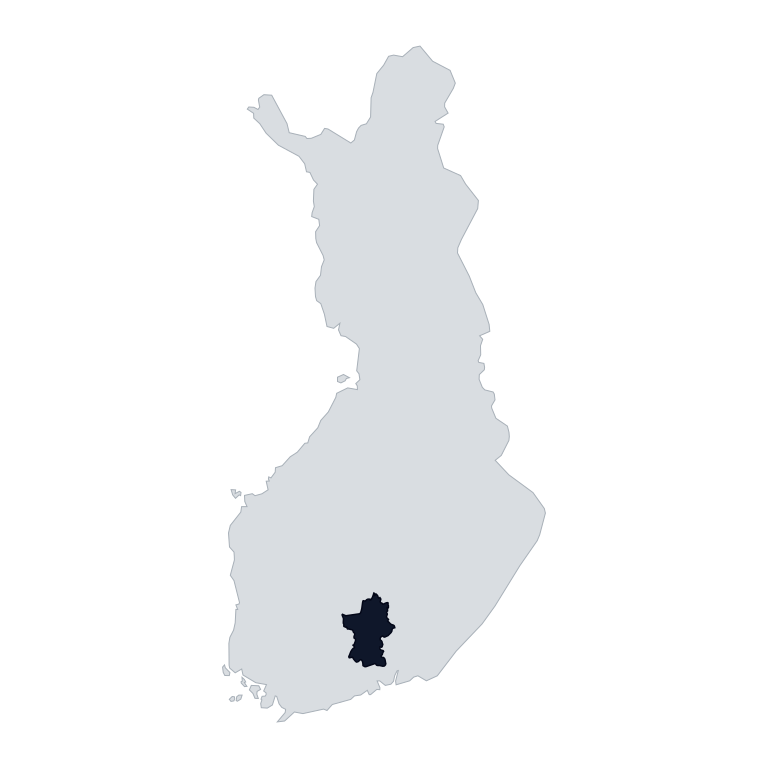 Päijät-Häme highlighted on a map of Finland
{"feature_id": "FIN-3184", "entity_name": "Päijät-Häme", "entity_type": "Province", "adm_level": 1, "iso_a3": "FIN", "parent_name": "Finland", "parent_adm1": "", "projection": "albers", "projection_center": [25.782, 61.243], "detail": "fine", "context": "in_parent", "style": "filled", "palette": "ink", "viewbox_px": 768, "rotation_deg": 0, "n_neighbors": 0, "source": "natural_earth", "source_scale": "10m", "svg_char_len": 6653}
<svg xmlns="http://www.w3.org/2000/svg" viewBox="0 0 768 768"><path d="M327.0,326.5L324.4,314.2L320.8,303.6L316.7,300.7L315.5,296.6L315.0,288.1L316.0,281.5L320.5,275.3L321.5,266.7L324.2,259.9L323.1,255.5L316.6,242.7L315.8,238.6L315.6,231.7L319.6,225.6L318.8,219.3L311.7,216.6L312.1,212.8L314.3,206.6L313.4,201.1L313.9,189.3L317.5,184.2L313.5,180.0L309.9,172.4L306.5,171.8L304.7,163.8L299.0,156.3L278.4,145.2L266.1,133.2L259.8,123.7L253.8,118.1L253.6,113.3L247.3,109.1L248.8,107.0L253.9,107.3L258.0,109.5L259.7,107.1L258.4,100.0L258.8,98.3L263.9,94.7L271.7,95.2L287.0,123.6L289.2,132.7L305.2,136.4L306.9,138.5L311.3,138.3L320.8,134.4L324.6,128.4L328.0,129.0L350.8,143.0L354.4,140.0L356.6,131.7L358.5,128.1L361.1,125.4L366.4,123.8L370.6,117.0L371.1,97.8L373.0,92.3L376.8,73.6L383.7,65.1L388.6,56.3L393.6,55.1L402.6,56.7L413.1,47.6L420.0,46.1L432.6,61.2L450.1,70.4L455.3,83.1L453.3,88.4L444.7,103.1L444.6,106.9L448.1,113.1L435.1,121.4L436.1,123.4L443.2,124.2L444.2,126.9L437.7,145.4L437.6,148.6L443.7,168.0L460.6,175.6L465.6,184.1L478.4,200.5L477.7,208.6L461.5,239.3L457.8,247.8L457.5,253.0L469.3,276.2L475.8,292.8L482.8,304.6L489.1,324.4L489.8,331.3L479.6,335.8L482.7,339.3L480.5,345.7L480.7,354.8L478.1,360.8L478.8,362.4L483.9,363.4L484.6,367.3L484.3,369.8L479.3,374.6L479.1,379.3L482.3,387.3L484.8,389.9L493.1,392.0L494.3,394.1L495.0,399.9L491.5,405.9L491.7,408.1L495.9,418.3L507.4,426.1L509.0,432.4L509.3,436.6L508.9,440.4L501.3,455.4L495.2,460.3L508.8,474.8L533.0,492.6L544.3,508.5L545.4,513.1L539.7,534.7L537.2,540.7L519.9,565.6L495.0,606.0L482.1,623.9L456.2,651.1L437.3,675.8L426.4,680.8L417.9,675.8L413.7,677.1L409.7,680.8L396.1,684.8L395.6,681.0L398.3,670.5L397.1,670.8L394.7,675.6L393.5,681.3L390.9,684.2L385.3,685.4L379.7,680.9L377.1,680.9L379.9,687.7L379.8,689.7L376.8,689.4L370.6,694.6L369.2,694.6L367.3,690.3L360.7,695.0L354.5,695.9L350.7,699.4L332.3,704.5L327.0,710.5L323.6,709.1L302.9,713.6L294.4,712.0L284.6,721.0L277.3,721.9L285.2,712.5L285.6,709.3L281.8,707.4L279.1,703.9L276.7,696.4L275.2,695.9L272.4,705.0L267.3,708.1L261.3,707.7L260.7,703.6L261.9,699.9L261.0,699.2L262.1,696.3L265.2,696.1L266.1,694.7L266.1,692.9L263.7,691.0L266.5,684.6L255.8,682.7L243.0,675.0L241.7,669.0L235.2,672.8L229.7,668.1L229.1,665.3L228.9,643.3L229.9,637.3L233.6,630.1L235.2,622.8L235.9,609.4L237.7,609.5L235.9,604.9L239.0,604.0L239.5,602.5L234.0,580.6L230.3,575.3L234.4,560.0L234.3,556.4L234.0,552.1L229.5,547.0L228.5,533.0L230.3,525.4L240.8,512.1L241.6,506.6L247.0,506.6L244.8,501.5L244.5,495.4L252.3,493.7L255.0,495.7L261.9,493.8L268.1,489.8L266.2,481.2L269.3,481.0L268.4,479.0L268.7,476.9L271.0,477.9L275.2,472.2L275.5,467.7L282.2,465.7L290.2,456.8L297.3,452.2L304.8,443.3L307.8,442.9L309.6,436.8L317.8,427.8L320.8,420.4L328.3,412.0L335.8,397.4L336.7,393.3L347.7,387.9L357.4,389.6L357.3,385.9L355.8,383.6L359.9,379.7L359.0,373.8L356.7,370.8L359.4,348.6L356.5,344.1L345.5,336.5L341.0,335.7L338.5,329.9L339.9,323.2L333.7,328.3L327.0,326.5ZM251.3,685.4L258.8,685.8L260.6,689.4L257.1,691.4L256.8,694.2L258.3,698.5L255.0,698.3L252.9,693.4L249.4,689.9L251.3,685.4ZM345.1,380.8L340.9,382.9L337.5,381.5L337.5,377.2L343.5,374.5L349.4,377.7L346.4,378.5L345.1,380.8ZM235.6,489.9L235.1,493.6L239.4,491.3L241.0,492.4L240.6,495.6L239.2,494.9L235.5,498.3L232.7,494.9L231.1,489.6L235.6,489.9ZM229.9,672.5L229.3,675.6L224.8,675.5L223.2,672.3L222.6,667.1L224.5,664.9L225.3,667.8L229.9,672.5ZM246.9,686.4L244.5,686.6L241.3,683.1L241.0,681.8L242.3,681.1L242.0,677.3L244.4,679.5L245.7,682.0L244.3,682.5L246.9,686.4ZM240.8,699.1L237.4,701.2L236.2,700.6L236.7,696.8L238.8,695.1L242.1,695.1L240.8,699.1ZM233.9,700.9L231.0,701.4L229.3,699.3L232.2,696.5L234.4,696.8L234.7,698.7L233.9,700.9Z" fill="#d9dde1" stroke="#a8b0b8" stroke-width="1"/><path d="M388.4,605.5L388.4,606.3L388.4,607.3L388.4,607.6L388.3,607.8L387.2,607.6L387.2,607.9L387.3,608.3L387.5,609.0L387.5,609.9L387.6,610.5L387.5,611.0L387.4,611.0L387.1,611.3L386.7,611.8L386.6,612.6L386.7,612.8L387.1,613.5L387.3,614.1L387.1,614.8L386.6,616.3L386.5,616.7L386.8,617.7L387.4,618.4L388.3,619.2L388.5,619.5L388.3,619.8L388.0,620.3L387.7,621.3L388.0,621.6L388.5,621.8L390.2,623.6L391.2,624.4L393.6,625.2L394.3,625.9L394.8,627.7L393.2,628.2L392.5,628.7L392.2,629.0L391.8,631.3L391.0,632.6L388.0,635.6L384.7,637.1L383.7,636.9L382.6,635.9L381.1,636.8L380.3,637.9L380.1,638.8L380.3,640.0L380.6,640.1L381.1,640.5L381.5,640.9L381.9,641.5L382.1,642.1L382.2,642.9L382.4,643.5L382.6,643.8L382.8,644.3L382.2,646.4L382.0,646.9L381.5,647.2L380.2,646.9L379.9,647.0L379.8,648.9L380.9,650.0L383.1,650.6L383.6,651.3L383.3,651.8L382.8,652.7L382.5,653.6L382.4,654.2L382.3,654.7L382.1,654.8L381.6,655.1L381.2,655.8L381.2,656.7L381.5,657.2L383.5,657.5L384.3,658.2L384.9,659.2L385.2,660.6L385.5,662.2L385.6,662.7L385.6,663.1L385.7,663.5L385.8,663.6L385.5,664.8L384.8,665.6L384.1,666.1L382.6,666.2L379.6,665.5L377.7,665.5L376.8,665.3L376.3,664.9L376.0,664.4L375.6,663.9L374.9,663.6L365.8,666.7L364.6,666.6L363.0,665.6L362.9,663.8L362.6,662.0L362.0,660.6L361.4,659.8L360.4,659.7L358.2,661.6L356.7,662.1L355.9,661.7L355.1,660.9L353.4,658.8L353.0,658.1L352.9,657.5L352.8,657.4L352.4,657.2L349.6,657.8L349.4,657.7L349.2,657.7L348.9,657.2L348.8,656.6L349.0,656.0L349.3,655.5L350.7,651.9L351.5,650.5L352.3,649.3L353.3,648.3L353.8,648.0L354.4,647.5L354.4,647.1L354.3,646.6L354.1,646.3L353.5,645.8L353.1,645.4L353.0,645.2L353.4,645.0L353.7,645.0L353.8,645.0L354.3,644.0L355.5,640.9L355.5,639.1L354.8,638.4L354.0,637.9L354.1,637.4L354.0,637.1L354.0,636.7L354.1,636.1L354.3,635.7L354.6,635.1L354.7,634.3L354.7,633.9L354.4,633.1L353.5,632.3L353.1,631.4L353.0,630.7L352.4,629.9L348.8,629.0L347.5,629.0L347.1,628.4L347.0,627.6L346.6,627.1L346.1,627.3L345.5,627.1L344.8,626.7L344.4,626.7L343.9,626.4L343.8,625.1L343.9,624.4L343.3,623.2L343.3,621.8L343.4,620.2L343.5,618.7L343.2,617.8L342.8,616.8L342.3,615.6L342.1,614.8L342.5,614.3L345.3,615.5L345.5,615.8L359.4,613.8L360.1,613.4L360.7,612.5L361.2,610.9L361.8,608.5L362.6,602.5L363.0,600.9L363.5,600.7L365.1,601.1L365.6,600.8L366.7,599.7L367.7,599.2L368.5,599.1L370.1,599.2L370.6,599.3L370.3,599.9L370.8,599.9L371.3,599.4L372.5,597.1L373.4,594.6L373.6,593.7L373.9,593.0L374.2,593.2L374.4,593.7L374.3,594.4L374.2,594.9L374.3,595.5L374.6,595.6L375.1,595.4L375.5,594.8L375.6,594.2L375.9,593.9L377.1,595.0L377.6,595.6L377.8,596.2L378.3,597.6L378.6,598.1L379.2,598.2L379.9,597.6L380.3,598.2L380.5,598.5L380.7,598.8L380.8,599.1L380.8,599.4L380.5,600.3L380.4,601.0L380.2,601.4L380.1,601.6L380.4,602.3L380.7,602.7L382.0,603.2L382.9,604.3L383.2,604.3L383.5,604.0L386.3,602.8L387.4,602.6L387.9,602.7L388.1,603.5L388.0,603.9L388.0,604.4L388.1,604.9L388.4,605.5Z" fill="#0f172a" stroke="#020617" stroke-width="1.5"/></svg>